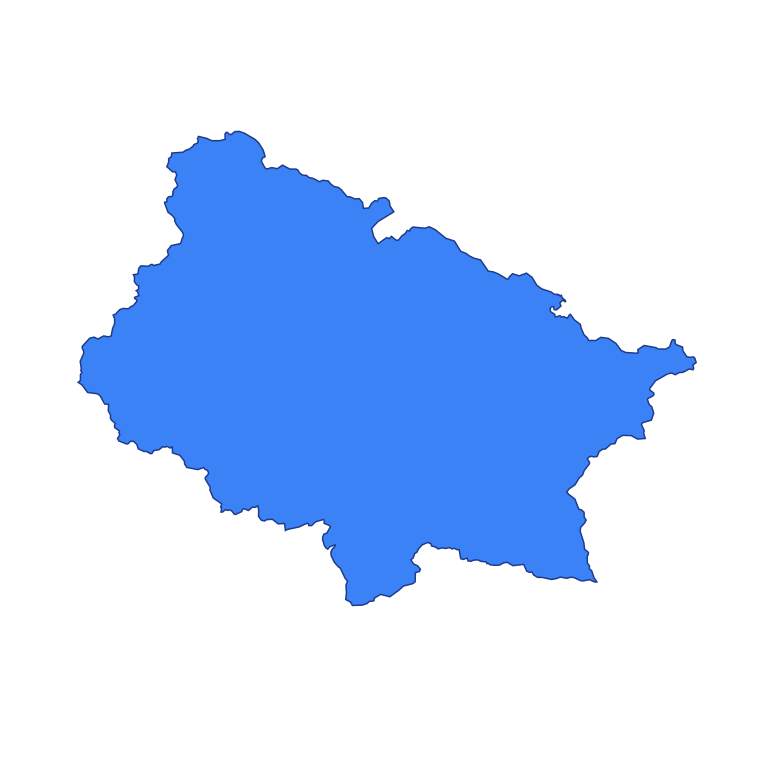 the district of Melgar, Puno, Peru, rotated 280°
{"feature_id": "86281439B3458988471442", "entity_name": "Melgar", "entity_type": "district", "adm_level": 2, "iso_a3": "PER", "parent_name": "Peru", "parent_adm1": "Puno", "projection": "orthographic", "projection_center": [-70.684, -14.635], "detail": "fine", "context": "isolated", "style": "filled", "palette": "blue", "viewbox_px": 768, "rotation_deg": 280, "n_neighbors": 0, "source": "geoboundaries", "source_scale": "gbopen_adm2", "svg_char_len": 6154}
<svg xmlns="http://www.w3.org/2000/svg" viewBox="0 0 768 768"><g transform="rotate(280 384 384)"><path d="M606.7,193.4L603.0,190.0L603.2,188.0L604.6,186.2L604.3,184.9L602.6,184.0L597.4,185.1L595.1,180.0L593.7,172.1L595.1,166.8L595.6,158.3L593.3,157.7L591.3,158.8L588.8,158.4L586.8,155.2L585.5,155.0L581.5,151.5L580.0,148.5L577.4,145.9L574.6,134.9L571.0,135.2L568.6,132.8L565.4,133.4L560.3,132.4L556.2,139.0L556.7,141.9L553.6,143.6L548.9,142.7L543.9,146.3L541.7,145.7L539.9,143.7L537.1,142.7L533.1,143.2L531.7,142.4L531.3,139.8L530.2,138.8L528.6,138.0L525.8,138.6L525.1,136.6L524.3,136.4L515.5,141.6L513.1,146.4L510.6,149.1L508.2,149.6L505.0,151.9L498.0,159.7L494.6,160.9L493.1,160.1L487.0,159.3L483.3,150.4L477.8,147.5L473.3,149.4L465.6,143.4L463.3,142.7L460.7,136.5L461.5,135.1L461.2,133.7L459.1,131.7L458.1,124.0L455.6,122.5L449.6,122.5L448.1,118.2L446.2,119.7L441.5,120.4L438.8,123.1L437.9,125.4L434.8,125.8L432.8,123.8L432.4,125.1L428.5,127.3L426.0,123.3L425.0,123.6L423.9,125.9L422.2,126.2L417.0,122.9L416.5,121.5L413.8,119.3L413.0,113.7L411.3,110.8L406.6,107.8L404.8,105.3L401.3,107.5L396.5,108.2L391.5,107.1L384.0,107.0L382.6,104.7L382.6,99.5L378.6,94.4L379.8,90.4L378.0,86.2L368.6,80.3L366.7,80.7L364.1,82.6L362.0,82.9L353.5,80.9L346.7,83.2L344.5,83.1L342.9,84.6L340.8,83.4L334.7,84.4L332.5,82.5L330.7,86.7L324.2,93.6L324.6,103.0L324.0,105.0L323.0,106.6L315.8,112.3L316.1,116.3L309.8,117.1L305.6,120.2L302.9,120.5L301.0,122.0L298.6,126.1L296.1,125.8L294.2,126.5L291.8,131.7L289.8,131.5L288.2,132.7L284.1,131.0L281.9,132.7L280.2,141.2L280.9,142.5L283.6,144.3L284.0,147.6L281.5,151.1L277.5,153.2L275.9,159.2L276.3,161.8L274.8,166.1L275.4,167.6L278.4,168.8L280.2,173.8L284.0,177.2L283.7,178.8L284.9,181.6L283.8,184.4L285.2,186.4L279.4,187.7L278.4,195.3L273.6,200.6L270.4,201.7L267.6,204.3L267.4,215.6L270.5,221.1L268.9,222.4L268.3,225.0L266.8,226.3L264.8,226.7L260.8,224.2L259.1,224.7L252.2,230.7L249.3,231.0L242.1,235.7L237.7,245.0L234.4,244.5L233.7,245.5L229.5,245.8L230.2,247.7L232.6,249.4L232.4,252.2L233.4,253.8L232.3,256.4L229.9,259.0L229.7,260.4L233.6,266.0L235.9,266.5L236.9,267.8L235.9,272.5L239.9,275.8L240.2,278.6L242.0,280.9L238.5,282.4L231.7,283.5L228.6,286.8L228.3,290.0L230.1,292.2L231.4,297.6L227.9,304.0L229.3,310.3L222.6,312.4L224.0,314.1L228.5,325.2L233.4,332.2L233.2,333.8L231.5,334.6L232.0,337.3L236.4,340.5L240.1,348.0L238.6,349.1L236.4,349.2L235.3,354.5L234.0,356.0L227.2,353.6L225.7,350.9L222.6,350.2L220.2,350.5L214.6,353.3L212.3,355.5L211.6,357.3L214.4,358.9L217.1,363.9L215.3,363.8L212.3,361.6L209.3,360.9L206.1,361.6L199.9,366.0L196.0,370.8L195.1,373.0L186.0,379.4L183.6,382.3L179.0,381.5L171.8,383.3L165.1,383.7L163.4,388.9L160.4,391.3L162.5,401.0L164.7,405.2L167.4,407.4L168.4,411.1L169.2,411.8L171.3,411.5L176.2,417.2L175.5,426.7L183.6,434.5L188.4,438.2L192.3,446.9L194.6,449.0L203.8,447.7L205.5,451.5L207.9,452.0L210.7,448.8L212.0,444.2L215.6,441.0L217.9,443.0L222.2,443.6L224.1,445.6L227.7,446.7L232.2,449.5L235.6,454.7L234.8,458.0L232.7,459.0L232.5,462.5L231.0,466.1L232.8,469.7L232.7,473.2L234.4,477.2L233.4,479.6L234.4,481.8L233.5,484.8L233.9,486.8L225.3,489.9L225.0,492.5L227.0,496.0L224.3,497.5L224.6,500.6L226.0,502.6L227.1,506.9L226.2,510.0L226.5,515.7L225.0,516.5L225.3,518.1L224.4,520.1L224.7,524.6L225.8,529.3L228.6,532.8L229.8,536.3L227.5,542.5L230.6,552.9L224.4,557.1L223.8,560.5L224.6,562.5L221.9,564.5L220.3,568.7L221.0,573.8L220.6,582.9L222.4,587.8L224.5,591.2L224.4,597.8L226.2,601.5L226.3,605.1L224.5,611.6L224.6,614.2L227.0,620.4L225.6,625.9L226.1,628.0L229.6,624.5L236.2,620.9L237.7,618.4L240.6,617.9L243.1,615.3L249.8,614.0L251.5,614.8L253.7,614.5L256.1,610.2L262.3,608.4L272.8,602.9L276.9,602.5L281.9,605.7L285.1,606.7L287.6,604.3L292.4,603.3L294.3,600.3L294.5,597.6L303.8,592.0L307.4,585.0L309.4,582.8L312.8,584.4L318.0,589.7L325.2,592.4L328.8,595.3L333.5,596.2L341.2,600.2L342.7,599.9L345.3,597.3L347.4,598.2L348.9,600.8L348.6,603.0L349.6,606.5L355.0,607.7L358.0,611.1L358.4,613.3L364.3,618.0L365.4,621.8L370.7,623.0L374.9,628.0L376.1,636.5L373.8,643.2L375.7,650.7L380.9,648.1L383.1,648.4L388.8,644.5L390.8,645.4L394.9,653.6L402.1,654.7L408.1,651.6L409.8,648.7L414.3,646.2L415.5,646.4L418.9,650.8L420.5,651.7L422.0,651.1L424.2,646.8L426.0,646.6L434.3,650.8L443.1,661.4L444.8,665.4L443.7,669.2L446.6,672.9L447.4,676.4L451.7,681.8L451.7,685.9L453.4,686.3L456.3,684.8L459.3,687.7L463.3,685.7L464.4,684.2L463.3,680.1L463.5,677.4L468.5,672.7L472.3,671.5L473.5,664.9L475.0,663.5L477.8,663.0L477.9,661.2L477.6,660.3L476.1,659.8L470.2,658.8L467.4,655.6L466.1,648.0L467.0,645.5L467.1,633.5L461.9,628.0L459.0,629.0L458.2,627.5L457.0,616.5L458.2,611.8L464.2,605.4L467.9,597.2L467.6,589.4L463.6,585.1L462.4,578.0L464.8,576.2L467.1,572.5L473.3,568.4L476.8,567.0L480.1,560.5L484.8,555.7L484.9,555.1L483.3,554.1L480.6,553.2L481.6,549.2L480.6,547.1L481.9,545.4L479.9,541.8L480.1,540.9L482.3,540.0L484.2,535.4L486.8,534.5L488.8,535.1L489.7,537.5L486.7,538.7L487.1,541.1L491.5,544.7L494.2,543.1L497.7,545.5L496.5,547.9L496.8,548.5L498.0,547.8L499.9,544.3L502.7,543.1L501.6,543.0L501.3,542.2L502.4,540.5L501.6,539.7L502.4,538.9L501.9,536.2L503.7,532.4L505.0,523.0L507.7,517.4L514.7,511.4L517.9,505.0L514.0,498.4L514.9,491.4L511.0,488.7L509.2,488.5L508.6,487.1L512.3,477.3L513.4,471.9L513.2,467.1L523.0,457.5L523.5,450.7L525.1,445.4L526.7,442.5L528.1,436.4L537.0,428.5L538.2,419.7L544.9,407.6L546.7,401.2L544.5,397.3L543.6,385.1L541.0,383.0L539.2,382.7L539.2,380.2L535.8,378.7L533.1,375.9L528.1,373.3L527.8,370.7L530.7,365.7L528.1,363.9L528.6,361.2L521.1,353.8L527.3,348.3L535.1,344.8L542.9,349.8L555.3,363.8L560.2,359.1L565.0,357.4L567.4,354.0L567.6,351.8L565.9,346.7L562.9,345.6L562.9,343.1L560.0,340.5L554.7,338.5L553.4,333.3L559.0,331.3L562.2,327.5L561.2,323.0L562.4,318.3L562.0,315.2L568.0,308.0L569.7,304.8L569.8,300.6L571.6,297.0L574.3,293.7L574.0,288.3L572.0,285.3L574.1,278.9L574.4,274.0L575.9,271.6L575.6,267.3L577.3,264.0L579.7,262.1L580.4,260.1L579.3,254.0L581.9,246.0L577.5,241.6L577.6,235.8L575.3,231.2L576.1,229.3L582.2,224.4L585.9,225.3L586.7,227.1L587.6,227.3L593.5,224.3L599.8,218.6L602.5,214.5L606.7,203.1L607.6,197.5L606.7,193.4Z" fill="#3b82f6" stroke="#1e3a8a" stroke-width="1.5"/></g></svg>